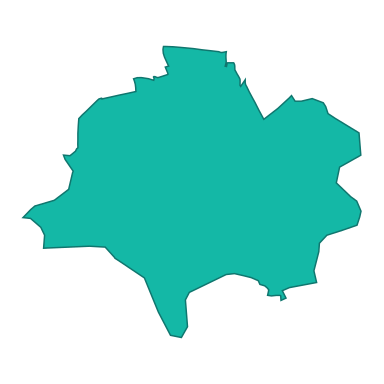 the district of Port-Harcourt, Rivers, Nigeria
{"feature_id": "59680162B27901935497545", "entity_name": "Port-Harcourt", "entity_type": "district", "adm_level": 2, "iso_a3": "NGA", "parent_name": "Nigeria", "parent_adm1": "Rivers", "projection": "orthographic", "projection_center": [7.015, 4.783], "detail": "fine", "context": "isolated", "style": "filled", "palette": "teal", "viewbox_px": 384, "rotation_deg": 0, "n_neighbors": 0, "source": "geoboundaries", "source_scale": "gbopen_adm2", "svg_char_len": 2069}
<svg xmlns="http://www.w3.org/2000/svg" viewBox="0 0 384 384"><path d="M115.0,258.3L116.8,259.4L144.4,277.9L158.4,312.1L170.5,335.3L181.4,337.5L187.5,326.7L185.4,299.9L189.3,292.4L226.2,274.5L234.5,273.6L243.6,275.7L251.2,277.6L258.3,280.7L259.9,284.4L264.7,285.8L267.2,287.9L268.7,289.8L268.4,291.7L267.6,295.3L271.4,295.9L276.2,295.4L280.0,295.4L280.7,295.8L281.0,300.4L286.0,298.1L282.3,290.7L289.4,287.6L316.6,282.5L313.9,270.8L318.8,251.7L319.4,243.2L326.9,235.2L342.2,230.3L357.0,225.2L359.7,217.0L361.0,211.2L356.7,201.1L350.7,196.7L336.3,182.9L339.6,167.1L360.8,155.2L359.0,132.9L334.9,118.2L328.0,113.6L325.7,106.6L323.3,102.8L312.2,98.6L301.3,101.2L295.1,101.2L291.5,95.6L289.1,98.1L288.2,98.9L277.9,108.4L263.8,119.3L259.0,110.4L256.7,105.9L255.2,102.9L252.2,97.4L249.2,91.8L246.6,86.4L246.0,85.5L245.5,84.2L245.2,82.4L245.2,79.8L240.7,86.4L240.0,85.3L240.1,81.2L240.0,79.5L239.9,79.0L239.5,78.2L238.5,76.3L237.0,73.8L235.7,71.3L235.0,70.2L234.9,69.7L234.8,68.1L234.8,66.5L234.7,65.5L234.6,64.8L233.9,63.1L233.6,62.8L230.5,62.8L227.6,62.8L227.2,63.0L226.5,66.5L225.2,66.2L226.2,62.1L225.9,56.8L226.0,53.7L226.3,51.7L222.7,52.4L221.2,52.5L220.3,52.3L218.8,51.7L209.4,50.6L202.0,49.8L193.4,48.6L181.6,47.5L173.4,46.8L166.0,46.5L163.5,46.5L163.2,48.0L163.0,49.6L163.3,53.3L164.5,57.1L168.6,66.1L165.3,67.1L166.4,69.8L167.6,72.7L168.0,74.0L167.8,74.5L163.2,76.0L158.8,77.4L157.6,77.6L156.3,77.2L154.9,76.6L153.8,76.6L153.5,77.0L154.1,78.4L153.7,80.3L148.5,78.7L144.0,78.0L141.3,77.6L137.2,77.7L133.6,78.8L134.4,81.0L135.3,84.3L135.7,87.7L135.9,91.5L129.2,93.0L128.8,93.1L119.7,95.0L112.6,96.6L103.5,98.6L102.0,99.0L101.9,98.4L101.4,98.2L98.9,99.0L97.2,100.5L92.3,105.3L86.1,111.4L82.3,114.9L78.8,118.6L78.3,125.5L77.9,133.3L77.9,140.3L77.8,144.2L77.9,146.6L77.9,147.8L76.6,148.9L75.5,151.2L70.0,155.7L63.5,155.1L65.1,159.4L73.2,171.2L72.6,172.6L68.7,189.3L54.3,200.3L34.9,206.0L30.8,209.5L23.0,217.6L30.5,218.4L40.8,227.3L44.6,235.2L43.6,248.2L47.3,248.0L89.4,246.2L105.2,247.1L114.5,257.4L115.0,258.3Z" fill="#14b8a6" stroke="#0f766e" stroke-width="1.5"/></svg>